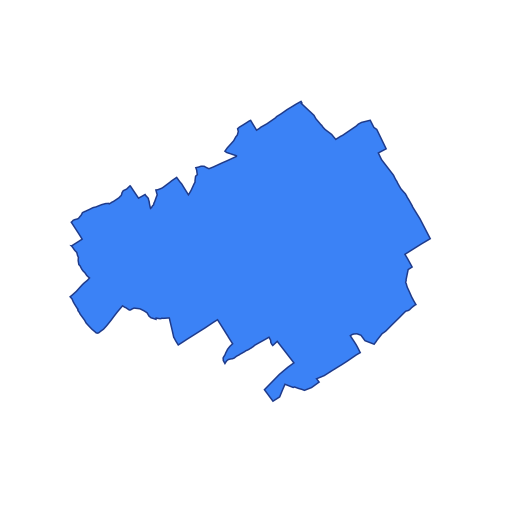 Sucilá, Yucatán, Mexico (orthographic projection), rotated 141°
{"feature_id": "50627088B76826133075245", "entity_name": "Sucilá", "entity_type": "district", "adm_level": 2, "iso_a3": "MEX", "parent_name": "Mexico", "parent_adm1": "Yucatán", "projection": "orthographic", "projection_center": [-88.347, 21.211], "detail": "fine", "context": "isolated", "style": "filled", "palette": "blue", "viewbox_px": 512, "rotation_deg": 141, "n_neighbors": 0, "source": "geoboundaries", "source_scale": "gbopen_adm2", "svg_char_len": 5340}
<svg xmlns="http://www.w3.org/2000/svg" viewBox="0 0 512 512"><g transform="rotate(141 256 256)"><path d="M103.1,196.4L103.0,196.9L102.7,198.7L102.2,201.6L101.9,203.4L101.7,205.0L101.5,206.8L101.1,208.1L101.0,209.2L100.8,210.0L100.8,210.5L100.9,212.2L101.0,214.1L101.1,217.0L101.0,217.9L100.8,219.1L100.7,220.0L100.3,222.1L100.1,223.5L99.6,225.2L99.5,226.0L99.5,226.6L99.1,228.9L98.3,232.2L97.8,251.9L96.1,259.1L87.4,257.4L82.5,278.4L83.5,281.7L82.7,285.4L81.8,289.6L89.9,293.4L93.4,294.1L96.3,293.9L109.5,295.0L112.2,295.2L114.0,295.5L114.5,295.7L120.1,296.4L120.6,296.4L120.7,299.2L120.7,302.9L122.5,310.1L122.7,311.0L122.9,314.0L122.7,316.5L122.8,316.6L122.9,316.8L123.1,325.0L122.5,328.4L122.4,328.7L124.8,346.1L124.0,346.1L123.7,347.8L129.3,348.8L139.7,350.2L146.9,350.7L147.9,350.8L152.4,351.4L153.7,351.1L156.6,351.3L164.7,351.9L165.0,352.0L171.4,353.1L173.0,353.0L176.4,353.4L175.3,361.5L174.8,364.8L176.3,365.2L179.3,365.5L183.5,366.0L187.8,366.6L190.2,366.5L191.4,363.9L194.5,361.7L196.7,361.3L200.8,359.6L210.2,358.1L214.2,357.0L213.7,355.0L208.1,346.2L208.6,345.7L209.3,345.9L218.1,348.1L224.2,349.8L233.0,352.0L237.2,353.3L237.6,353.6L237.8,353.7L239.2,356.7L239.8,358.3L240.8,359.2L242.3,360.4L244.8,361.3L247.2,362.5L248.0,360.3L248.2,359.8L249.3,358.1L250.4,356.1L252.2,356.1L253.0,355.8L256.3,352.6L256.8,351.8L258.8,351.0L261.4,349.7L265.0,347.9L268.4,346.6L270.0,346.1L269.1,353.5L268.4,358.7L268.5,361.8L268.2,367.0L274.0,367.5L276.8,367.5L285.0,367.8L286.6,368.0L290.6,369.3L292.3,370.3L294.3,365.7L296.6,364.4L300.7,361.9L302.1,361.3L303.4,360.2L304.8,360.1L306.8,359.4L308.0,359.4L307.5,360.5L306.7,362.2L305.6,364.2L304.7,365.7L304.1,367.3L303.4,368.6L303.5,370.1L303.5,371.5L303.7,371.8L303.5,373.6L307.2,374.2L310.9,374.9L310.1,383.9L309.6,389.3L309.7,389.8L312.3,389.6L314.4,389.4L318.1,390.3L319.4,389.8L320.3,389.5L321.4,388.6L322.5,387.9L323.0,387.8L324.0,387.8L325.0,387.6L325.9,387.5L332.6,388.1L333.3,388.3L334.5,388.6L335.5,388.6L337.3,388.9L337.4,389.6L339.9,391.4L343.5,393.0L346.4,393.9L348.0,394.4L349.7,394.9L351.6,395.9L352.8,396.3L356.1,397.0L359.5,397.9L360.3,398.0L360.9,398.3L361.8,398.5L363.6,398.9L365.3,398.1L366.6,397.6L367.8,397.5L368.5,397.3L369.9,397.0L370.7,397.0L371.5,397.2L373.0,397.9L374.1,398.4L374.9,398.6L375.7,398.8L377.1,398.5L377.7,398.5L378.3,398.5L378.5,396.4L379.9,383.2L380.5,378.5L392.9,379.9L393.1,380.1L393.0,379.0L393.1,377.4L393.2,376.4L393.3,374.7L393.2,373.1L393.0,371.6L393.3,371.2L393.5,370.4L394.2,369.2L394.6,367.8L394.9,366.6L395.2,366.4L396.4,365.1L397.1,364.3L399.1,360.8L398.9,359.2L399.4,356.9L399.7,355.2L399.8,352.9L399.5,350.9L399.6,349.4L399.7,348.3L399.8,347.4L399.5,345.3L399.2,343.7L402.4,343.2L406.3,343.2L408.8,343.0L410.8,342.7L412.2,342.5L417.7,341.6L419.6,341.5L423.4,341.3L426.1,341.3L426.0,338.3L426.8,335.6L427.0,334.6L427.3,332.8L427.8,328.7L427.9,327.6L427.8,326.7L428.4,326.4L428.8,325.0L428.8,323.7L428.9,322.8L429.2,321.9L429.3,320.6L429.6,314.1L430.2,310.8L430.0,307.4L429.6,302.4L428.8,298.3L428.6,296.8L427.5,295.6L426.4,295.3L424.4,295.3L420.5,295.1L416.6,295.7L415.0,296.0L408.6,297.4L404.8,298.4L399.3,299.7L391.1,301.3L390.2,298.6L389.7,297.9L388.6,294.1L388.0,293.3L387.1,293.0L386.4,292.9L385.0,292.7L383.5,292.2L382.8,291.5L379.4,288.0L377.5,283.8L376.4,280.4L376.8,277.7L377.0,276.8L376.5,274.1L375.2,272.2L373.6,269.7L372.7,270.6L370.1,267.7L369.2,267.1L368.5,267.0L366.9,265.6L363.1,263.0L362.4,262.4L362.8,261.5L363.7,259.7L365.0,257.0L365.5,256.0L366.5,253.9L366.7,253.5L367.9,251.0L368.4,250.0L369.1,248.6L369.9,247.0L371.1,244.6L371.2,243.6L371.8,240.6L372.4,235.8L367.0,235.2L361.9,234.7L346.7,232.9L341.0,232.2L337.6,231.9L330.9,231.3L326.0,230.7L327.0,222.2L328.2,212.5L328.1,212.4L328.5,210.4L329.4,202.5L333.2,202.2L335.0,201.8L336.8,201.4L338.5,200.6L340.6,199.7L342.1,198.8L343.5,198.3L344.7,197.9L345.8,197.4L346.5,196.3L347.2,195.4L347.8,192.0L346.1,192.6L344.6,193.0L343.2,193.0L342.3,192.8L341.7,192.5L340.6,192.0L339.9,191.6L339.0,191.0L337.2,190.4L334.7,190.4L333.2,190.2L331.4,189.8L329.9,189.7L328.0,189.3L326.5,189.1L325.0,188.8L323.6,188.8L322.4,188.4L320.4,187.9L318.9,187.8L317.4,187.5L316.3,187.5L314.8,187.3L313.5,187.5L310.4,187.0L304.7,186.0L304.2,185.9L297.0,184.7L297.1,183.9L297.3,183.3L297.6,181.4L298.5,180.1L298.9,179.5L299.3,177.4L299.3,175.9L293.2,176.3L293.8,149.1L301.4,149.5L312.2,149.3L333.6,146.8L334.2,132.5L326.3,131.6L321.2,134.4L320.5,134.8L314.2,138.1L311.6,133.5L309.8,130.4L308.5,130.0L307.2,127.8L306.1,126.0L305.0,124.5L304.4,123.7L302.9,121.1L295.6,118.8L293.8,118.7L286.3,118.3L286.2,122.5L278.2,120.1L269.2,119.1L259.3,117.8L258.8,117.7L251.5,116.9L240.2,116.0L236.3,115.4L235.8,115.3L234.5,121.3L234.0,124.1L233.6,127.5L232.9,134.7L230.8,134.5L229.0,133.8L226.5,132.0L224.3,128.4L224.6,121.6L219.7,113.1L219.4,113.2L216.5,113.9L215.1,114.4L206.8,116.3L204.8,116.1L202.3,116.0L201.4,116.1L194.3,116.9L182.8,118.0L180.3,118.3L175.5,118.8L174.9,118.8L174.1,118.8L172.2,117.9L170.6,117.6L167.7,117.9L166.2,117.9L165.4,117.9L163.0,117.8L162.3,117.6L161.6,122.2L161.0,125.1L161.0,125.5L159.2,132.2L158.9,133.4L158.2,136.2L157.5,138.1L156.7,139.8L156.4,141.2L156.1,141.5L154.8,142.4L154.2,143.2L146.3,149.7L141.6,149.2L139.9,158.6L139.2,163.6L119.9,161.3L109.7,159.8L105.2,181.6L103.4,195.6L103.3,196.1L103.1,196.4Z" fill="#3b82f6" stroke="#1e3a8a" stroke-width="1.5"/></g></svg>